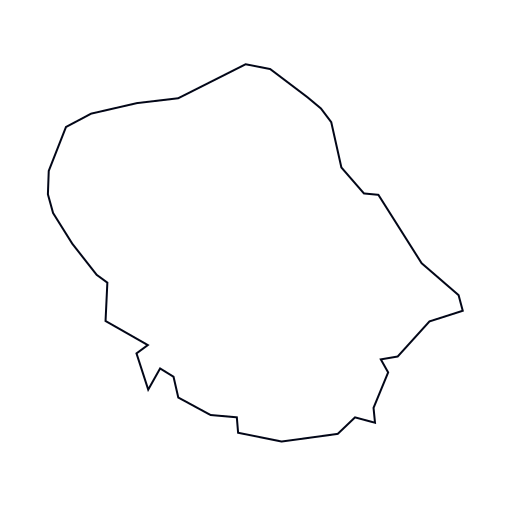 Jackson, Kentucky, United States of America, rotated 349°
{"feature_id": "52423323B42512235988752", "entity_name": "Jackson", "entity_type": "district", "adm_level": 2, "iso_a3": "USA", "parent_name": "United States of America", "parent_adm1": "Kentucky", "projection": "albers", "projection_center": [-84.011, 37.416], "detail": "fine", "context": "isolated", "style": "outline", "palette": "ink", "viewbox_px": 512, "rotation_deg": 349, "n_neighbors": 0, "source": "geoboundaries", "source_scale": "gbopen_adm2", "svg_char_len": 644}
<svg xmlns="http://www.w3.org/2000/svg" viewBox="0 0 512 512"><g transform="rotate(349 256 256)"><path d="M168.4,83.2L121.3,84.8L94.1,93.1L68.8,132.9L63.5,155.7L65.0,175.1L78.0,208.9L96.0,244.1L105.0,253.8L95.9,291.1L132.8,322.8L120.1,328.8L124.7,366.6L140.4,348.1L152.0,358.8L152.7,380.1L181.0,403.4L206.4,410.7L204.7,426.1L245.7,443.0L302.3,446.2L322.4,433.3L341.0,442.4L342.4,427.5L363.5,395.5L358.8,381.3L375.9,381.7L413.8,353.3L448.5,349.2L447.4,333.1L417.2,294.7L387.8,219.3L373.9,215.2L356.7,185.4L355.4,139.0L347.9,123.6L336.9,110.1L305.6,75.2L282.4,65.8L209.7,86.3L168.4,83.2Z" fill="none" stroke="#020617" stroke-width="2"/></g></svg>